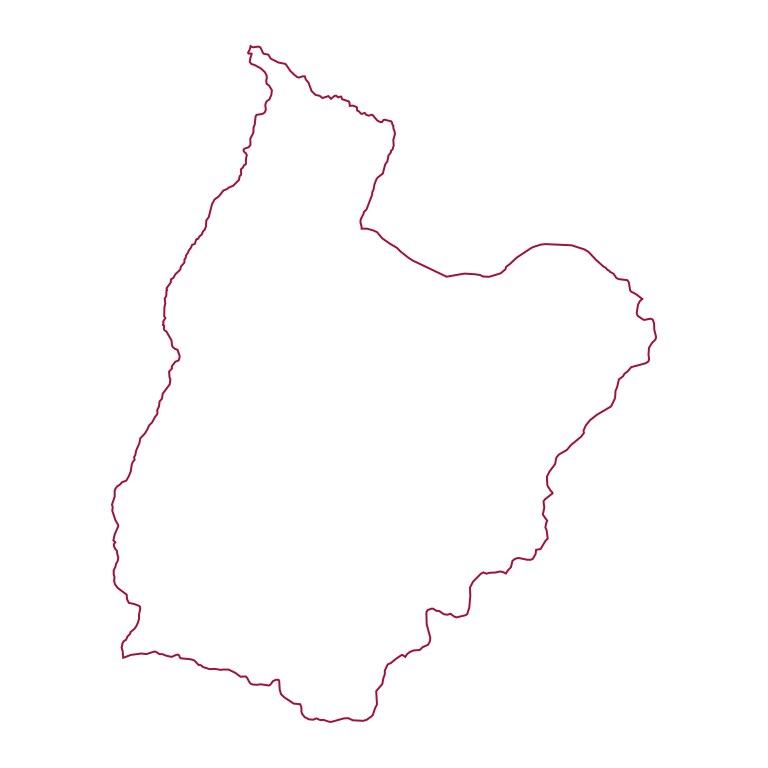 Génova, Quindío, Colombia (orthographic projection)
{"feature_id": "7082276B54028982815343", "entity_name": "Génova", "entity_type": "district", "adm_level": 2, "iso_a3": "COL", "parent_name": "Colombia", "parent_adm1": "Quindío", "projection": "orthographic", "projection_center": [-75.776, 4.193], "detail": "fine", "context": "isolated", "style": "outline", "palette": "rose", "viewbox_px": 768, "rotation_deg": 0, "n_neighbors": 0, "source": "geoboundaries", "source_scale": "gbopen_adm2", "svg_char_len": 6075}
<svg xmlns="http://www.w3.org/2000/svg" viewBox="0 0 768 768"><path d="M642.3,299.0L636.2,294.3L630.8,291.4L630.1,290.1L628.8,282.3L627.4,280.2L618.6,279.1L616.3,277.9L613.6,273.8L609.8,271.7L609.3,270.8L607.4,269.8L605.5,267.6L603.5,266.6L596.3,260.1L588.5,251.9L584.4,249.4L571.6,245.3L545.5,244.1L540.9,244.6L533.9,246.8L531.7,247.7L517.0,257.4L510.2,263.7L506.1,266.9L505.4,269.3L500.7,273.3L490.9,276.3L489.0,276.8L483.0,276.5L480.0,275.0L474.3,274.2L464.3,273.6L446.6,276.7L412.9,260.6L408.9,258.1L400.5,251.5L396.9,247.8L389.9,243.7L382.2,238.3L377.0,232.1L373.4,230.5L367.2,228.7L361.6,228.7L361.6,226.8L360.4,222.1L360.8,219.1L363.6,213.7L363.8,212.1L366.2,209.8L367.0,208.2L372.2,194.5L372.3,192.1L373.5,189.7L374.5,184.2L376.4,179.4L377.7,177.5L382.8,173.6L385.2,164.4L387.4,161.3L388.5,155.3L390.7,152.7L391.2,150.5L392.6,149.5L393.7,145.4L393.3,140.0L395.0,133.9L394.7,132.0L393.3,127.9L393.4,125.9L392.3,124.4L392.1,122.8L391.1,121.3L384.5,119.7L383.5,120.0L381.9,122.1L380.2,122.0L377.4,120.6L372.5,114.9L371.3,114.8L368.7,115.7L366.2,114.8L364.7,112.9L362.1,113.8L361.0,113.7L358.9,111.3L357.2,110.5L356.9,107.4L356.5,106.9L352.7,105.6L349.8,105.9L349.5,102.8L348.8,101.4L342.1,99.2L341.3,96.7L340.0,96.6L338.1,97.4L336.4,95.8L334.7,95.8L331.0,98.8L328.4,96.1L322.5,98.0L319.6,95.8L315.6,94.9L311.6,91.1L308.5,82.7L305.8,79.5L304.8,76.3L302.7,76.3L298.8,77.6L297.0,76.9L294.4,74.9L290.2,70.8L286.0,64.5L285.0,63.8L278.3,62.5L270.7,58.6L268.3,54.6L264.1,53.9L263.0,53.0L260.7,47.9L259.6,46.9L257.7,46.6L253.7,47.3L252.3,47.1L250.6,46.1L249.7,49.6L248.1,52.6L248.5,53.6L251.2,53.5L251.7,53.9L250.1,59.2L249.8,62.0L251.3,63.9L255.0,65.2L260.7,68.3L265.0,72.3L266.6,75.5L266.8,78.5L266.2,80.2L266.6,83.7L269.2,85.7L271.9,90.3L271.3,95.0L269.4,99.4L266.7,101.3L265.7,103.2L265.3,105.1L265.8,109.7L265.1,111.7L263.8,113.2L262.2,114.0L256.7,114.8L255.6,116.3L254.7,124.7L253.6,127.2L253.3,132.9L250.3,138.7L250.5,144.7L248.7,147.2L244.2,148.8L243.5,150.1L244.0,151.7L245.9,153.3L246.8,155.1L246.1,158.1L245.8,164.3L244.0,165.3L242.7,167.8L240.9,169.4L241.2,173.9L240.8,175.1L239.6,176.2L239.0,179.8L233.2,185.7L228.6,187.7L226.8,189.2L223.5,190.4L218.8,196.4L214.6,199.4L212.0,204.2L208.8,217.0L206.3,220.5L205.9,226.5L204.8,229.6L203.0,231.4L201.7,234.6L199.5,236.4L198.0,238.9L196.7,239.1L196.1,239.8L194.9,243.8L192.1,244.9L190.8,247.9L188.8,250.5L188.3,252.0L186.0,255.6L185.7,257.8L184.4,259.7L184.5,261.9L184.0,263.1L180.9,266.5L180.4,269.2L179.6,270.3L175.4,274.2L173.4,277.8L171.0,279.4L170.7,282.6L166.5,288.3L167.1,290.3L166.4,290.9L166.4,294.8L165.9,296.7L164.7,298.5L165.3,303.4L164.4,307.4L164.2,316.3L165.3,318.1L163.2,321.5L163.5,323.1L162.9,324.9L164.1,325.6L163.9,328.8L164.4,330.2L166.5,331.6L171.5,340.4L172.0,345.3L172.8,347.1L174.9,348.8L177.5,349.8L179.6,355.8L179.5,358.1L178.6,360.4L175.4,361.7L172.2,365.7L171.7,366.8L172.1,368.3L169.1,371.6L169.5,377.3L170.4,379.6L169.7,384.4L162.7,393.7L162.0,398.7L159.6,401.4L159.0,406.4L157.2,410.1L157.5,412.6L157.1,414.4L155.2,416.7L152.1,422.4L149.1,425.4L147.3,429.5L144.9,433.5L140.3,438.3L139.5,442.8L136.1,450.7L135.3,455.1L134.1,457.1L134.6,459.8L133.0,461.6L131.8,464.3L130.7,471.6L129.0,475.8L126.3,480.6L121.9,482.3L120.0,484.6L117.1,486.4L115.2,489.1L114.7,490.8L114.7,496.6L112.0,504.6L112.7,507.1L112.3,510.8L115.4,520.1L118.1,524.9L118.3,526.1L114.7,534.4L113.4,540.5L115.3,542.2L113.8,544.2L114.1,546.7L115.4,549.2L117.0,550.9L117.2,553.7L118.3,557.6L117.7,561.0L116.1,563.7L115.4,566.8L113.7,570.3L113.7,574.3L114.5,577.2L114.1,580.6L114.9,584.2L117.7,588.0L126.7,594.7L127.0,599.2L128.9,602.9L134.1,604.0L139.4,606.0L139.9,606.6L140.3,608.8L139.0,614.5L139.1,618.6L138.0,622.4L136.2,626.4L134.3,629.0L130.5,632.1L130.1,633.9L127.7,636.2L126.0,639.8L123.7,641.2L122.5,643.3L121.6,647.7L122.6,650.8L123.2,657.8L131.0,654.9L141.3,653.5L146.4,654.1L153.9,651.7L155.8,651.7L159.3,654.1L162.7,654.2L165.9,655.6L171.6,656.9L176.7,654.7L177.9,654.6L179.2,655.5L179.8,657.5L180.8,658.3L190.2,659.2L193.2,660.0L194.6,660.7L198.5,664.9L200.8,665.2L203.2,667.1L209.5,669.1L214.9,668.9L220.9,669.9L223.1,669.5L228.7,669.6L235.2,672.8L240.5,676.7L245.9,676.5L247.2,678.0L249.7,682.7L250.9,683.8L252.8,684.5L256.5,684.8L260.9,684.3L268.9,685.5L270.3,684.7L273.0,681.1L276.3,679.7L278.6,679.9L279.2,681.0L279.7,689.6L281.1,694.3L284.4,697.4L293.7,703.6L300.2,704.2L301.4,707.5L301.5,711.9L302.0,713.6L304.5,717.0L308.8,719.3L313.2,719.7L316.4,718.4L320.4,720.1L323.7,719.9L328.5,721.6L331.2,721.9L343.8,718.4L348.3,718.2L352.9,720.3L363.2,720.8L366.5,719.9L371.2,716.6L372.8,715.0L375.0,708.4L377.0,704.4L376.2,691.2L382.3,684.0L383.4,678.1L384.8,674.3L384.8,670.7L387.7,664.4L390.8,663.1L395.6,659.1L401.5,655.1L402.5,655.0L405.3,656.9L407.0,654.2L409.5,652.2L413.2,650.5L419.6,650.0L422.7,647.1L427.7,645.0L428.9,643.4L429.9,641.2L430.3,637.7L426.7,624.4L426.4,613.6L426.5,612.0L427.6,610.1L431.4,608.7L433.1,608.7L436.3,610.8L439.1,611.0L444.0,614.3L447.5,614.7L450.6,613.8L453.8,616.3L456.4,617.4L465.6,615.2L467.3,614.0L469.3,607.4L470.3,596.1L470.0,587.6L473.0,581.7L480.8,573.8L483.4,572.4L486.6,573.7L489.4,572.8L495.5,572.5L499.9,571.5L502.6,571.9L505.9,573.5L507.8,570.5L510.9,567.3L512.5,560.8L515.0,558.9L517.5,558.1L519.5,558.1L526.9,559.7L530.6,559.8L532.9,558.8L535.6,554.0L536.1,549.8L540.5,549.1L545.5,540.8L547.7,538.6L546.6,530.1L545.4,527.5L546.2,523.1L547.2,520.8L542.8,514.5L544.3,507.8L543.5,501.3L545.2,499.1L552.5,493.4L552.3,492.4L550.8,490.9L547.8,486.3L547.3,484.7L546.9,476.8L549.5,471.5L555.1,464.1L556.2,458.2L557.0,456.7L559.1,454.4L566.8,450.0L570.9,445.1L581.1,436.7L583.9,433.0L583.5,430.7L585.9,425.3L590.1,420.1L597.0,414.7L611.1,406.4L615.1,398.0L615.5,390.9L617.2,386.9L618.9,379.4L622.9,376.4L624.5,373.7L627.5,371.5L631.3,367.1L643.7,363.8L646.2,363.0L648.5,361.3L649.1,359.0L648.5,354.8L649.0,347.8L652.1,342.8L655.0,340.0L655.8,338.6L656.0,336.6L654.3,329.8L654.1,323.6L652.9,320.0L651.9,319.1L650.4,318.7L644.5,319.9L643.0,319.5L638.0,316.0L637.1,314.6L636.7,312.8L638.1,304.5L639.9,301.1L642.3,299.0Z" fill="none" stroke="#9f1239" stroke-width="2"/></svg>